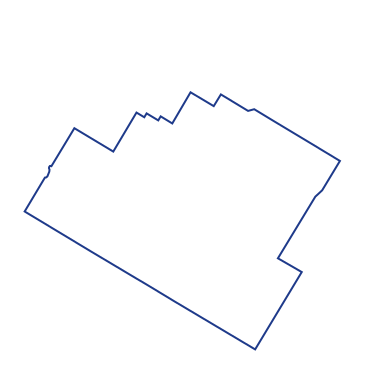 Marion, Mississippi, United States of America (orthographic projection), rotated 121°
{"feature_id": "52423323B28506543245034", "entity_name": "Marion", "entity_type": "district", "adm_level": 2, "iso_a3": "USA", "parent_name": "United States of America", "parent_adm1": "Mississippi", "projection": "orthographic", "projection_center": [-89.839, 31.217], "detail": "fine", "context": "isolated", "style": "outline", "palette": "blue", "viewbox_px": 384, "rotation_deg": 121, "n_neighbors": 0, "source": "geoboundaries", "source_scale": "gbopen_adm2", "svg_char_len": 644}
<svg xmlns="http://www.w3.org/2000/svg" viewBox="0 0 384 384"><g transform="rotate(121 192 192)"><path d="M132.5,83.9L123.5,81.3L89.2,81.2L89.1,117.7L89.1,157.7L89.0,181.3L93.6,185.7L93.5,217.5L107.2,217.6L107.3,244.6L143.4,244.2L143.3,257.8L148.0,257.8L148.0,271.4L152.5,271.4L152.5,280.5L197.9,280.3L197.9,325.7L198.1,325.7L203.9,325.7L208.3,325.7L242.3,325.8L242.6,326.9L242.9,327.2L244.2,327.3L245.2,326.9L246.3,325.6L248.1,324.8L253.1,324.0L254.6,324.5L255.4,325.5L294.9,325.4L295.0,247.4L294.8,194.8L294.7,183.9L294.8,150.6L294.4,56.8L285.5,56.8L204.1,56.7L204.6,84.2L132.5,83.9Z" fill="none" stroke="#1e3a8a" stroke-width="2"/></g></svg>